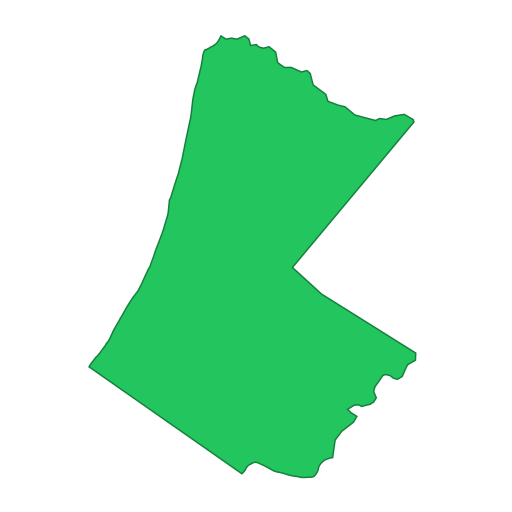 Libertad, San José, Uruguay, rotated 92°
{"feature_id": "84410073B36458141806664", "entity_name": "Libertad", "entity_type": "district", "adm_level": 2, "iso_a3": "URY", "parent_name": "Uruguay", "parent_adm1": "San José", "projection": "robinson", "projection_center": [-56.645, -34.648], "detail": "fine", "context": "isolated", "style": "filled", "palette": "green", "viewbox_px": 512, "rotation_deg": 92, "n_neighbors": 0, "source": "geoboundaries", "source_scale": "gbopen_adm2", "svg_char_len": 2789}
<svg xmlns="http://www.w3.org/2000/svg" viewBox="0 0 512 512"><g transform="rotate(92 256 256)"><path d="M454.9,172.4L437.2,170.5L428.2,164.2L418.6,152.7L412.8,149.6L409.2,155.7L406.0,159.1L401.5,152.3L401.3,147.8L402.7,145.2L401.3,140.7L400.2,136.8L397.9,133.4L393.6,130.8L387.3,133.7L382.4,132.5L376.6,128.6L371.0,125.1L369.9,122.4L370.8,117.9L373.4,114.2L374.3,110.3L371.2,105.6L364.0,102.8L359.5,100.8L356.8,96.6L354.6,93.0L347.4,93.0L291.8,189.1L266.2,219.2L116.5,102.8L114.2,103.7L109.3,112.8L111.1,122.2L115.0,130.6L114.3,137.4L116.4,141.2L114.2,151.1L111.6,162.2L103.8,172.2L102.3,179.4L98.9,189.5L92.0,191.9L83.0,204.9L71.7,208.2L68.9,211.5L70.5,217.1L66.3,227.4L66.6,234.3L62.0,241.1L51.5,243.5L46.4,250.3L48.1,255.7L46.9,260.8L44.7,262.9L45.8,268.8L39.5,270.6L36.3,274.9L40.0,282.7L39.1,288.3L40.4,293.3L37.3,298.7L40.6,300.2L41.9,300.9L42.5,301.2L43.2,301.7L43.8,302.1L44.5,302.6L45.2,303.3L45.7,303.7L46.1,304.4L47.1,305.6L48.2,307.2L48.7,308.6L49.3,309.3L49.9,310.0L50.2,310.9L51.1,312.1L51.5,312.8L51.4,313.6L51.8,314.0L52.1,314.3L52.4,314.6L52.7,314.8L52.9,314.9L53.4,315.0L53.8,315.2L54.6,315.5L58.6,316.3L60.9,316.4L62.4,316.6L68.4,317.5L85.2,320.9L86.9,321.6L92.1,323.1L101.9,324.6L114.8,325.6L117.7,325.8L118.7,326.0L119.8,326.1L121.1,326.3L121.7,326.3L122.3,326.5L122.7,326.6L140.6,329.8L158.8,332.8L161.8,333.3L162.1,333.3L163.0,333.6L166.8,334.4L172.1,335.6L175.6,336.3L180.1,337.6L185.9,339.3L201.1,343.4L201.6,343.7L201.7,343.8L201.8,343.9L202.3,344.2L203.4,344.5L205.4,344.6L216.1,345.3L219.6,346.0L222.8,346.9L227.8,348.2L231.1,349.0L236.3,350.5L248.6,354.7L253.7,356.5L260.4,358.4L264.8,359.9L270.4,361.7L273.3,363.3L284.0,367.8L287.1,369.0L294.9,372.7L298.5,375.2L301.8,377.6L305.3,379.7L310.7,382.9L321.2,388.3L322.7,389.3L323.7,389.7L325.0,390.4L326.1,390.9L334.5,395.4L335.2,395.4L335.7,395.9L336.7,396.5L337.6,396.7L340.8,398.1L343.2,399.0L344.7,399.8L345.4,400.2L346.1,400.5L347.0,401.2L347.7,401.5L348.5,402.4L350.2,403.2L350.9,403.6L353.1,405.1L354.8,406.3L355.8,407.0L356.9,407.7L358.4,408.7L360.6,410.4L362.3,411.9L362.6,412.3L363.0,412.6L369.6,417.3L372.6,419.0L474.1,262.5L472.2,260.7L471.9,260.5L470.3,259.3L468.2,258.4L466.5,257.3L465.0,255.7L463.8,253.4L462.5,251.2L462.1,249.2L462.3,248.2L462.5,247.1L463.3,245.2L464.4,242.5L465.5,240.0L466.7,237.5L468.2,234.4L469.5,232.2L470.4,230.0L471.0,227.8L471.5,224.4L472.1,221.5L472.8,218.9L473.6,216.3L474.3,212.6L474.7,210.0L474.8,208.2L475.1,206.1L475.6,203.8L475.7,201.5L475.6,198.8L475.4,197.4L475.2,194.9L475.1,192.6L474.7,191.3L473.9,190.0L472.1,188.6L469.8,187.3L468.3,186.7L467.4,186.4L465.6,186.1L463.7,185.6L461.6,184.3L460.3,183.2L458.7,181.6L457.8,180.6L457.1,179.4L456.3,177.6L455.8,176.2L455.1,174.4L454.9,173.1L454.9,172.4Z" fill="#22c55e" stroke="#15803d" stroke-width="1.5"/></g></svg>